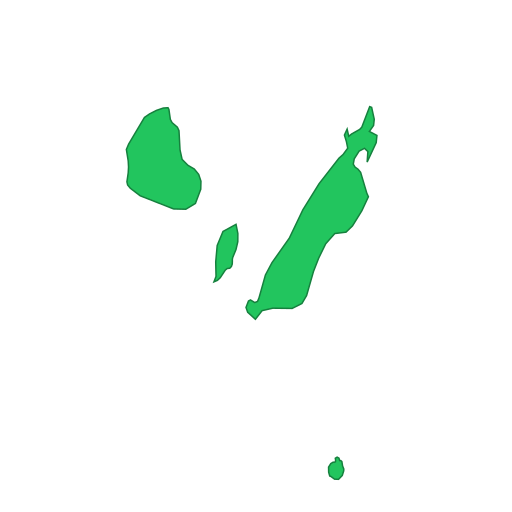 an SVG outline of Romblon, rotated 201°
{"feature_id": "PHL-2535", "entity_name": "Romblon", "entity_type": "Province", "adm_level": 1, "iso_a3": "PHL", "parent_name": "Philippines", "parent_adm1": "", "projection": "equal_earth", "projection_center": [122.144, 12.527], "detail": "fine", "context": "isolated", "style": "filled", "palette": "green", "viewbox_px": 512, "rotation_deg": 201, "n_neighbors": 0, "source": "natural_earth", "source_scale": "10m", "svg_char_len": 1659}
<svg xmlns="http://www.w3.org/2000/svg" viewBox="0 0 512 512"><g transform="rotate(201 256 256)"><path d="M233.9,196.7L243.6,200.5L246.9,204.4L246.9,211.3L245.4,213.0L240.5,212.1L238.3,214.1L238.2,218.0L240.4,241.7L238.7,255.5L231.3,284.7L228.8,316.0L223.0,346.2L213.6,377.1L211.1,381.9L209.0,389.5L212.6,395.2L216.8,400.6L216.4,407.1L212.3,401.0L210.4,404.3L204.6,411.3L203.4,414.2L203.4,436.2L201.3,436.2L194.6,426.0L193.0,420.0L194.8,412.9L186.3,411.9L184.4,404.9L185.9,383.5L189.0,393.6L193.3,395.4L197.3,390.9L199.1,381.9L198.1,376.6L195.4,374.5L191.9,373.6L188.3,371.6L175.1,354.4L172.3,351.6L173.4,336.1L176.7,318.7L180.5,310.5L190.5,305.2L195.3,292.4L196.7,276.6L196.8,262.3L194.6,237.2L196.1,228.1L203.5,220.0L221.6,213.3L230.7,207.2L233.9,196.7ZM415.2,309.0L415.0,314.9L409.8,345.4L406.3,350.5L401.1,356.3L395.6,360.9L391.3,362.9L389.8,361.6L384.9,352.8L382.1,350.4L375.6,348.1L372.8,345.4L365.0,327.9L359.6,319.7L352.1,316.3L344.8,315.1L338.7,311.6L334.2,306.1L331.5,298.5L331.4,283.4L338.3,274.5L349.8,270.4L385.7,270.7L397.6,274.2L401.3,276.3L403.1,279.0L405.1,287.8L406.9,293.4L409.4,299.0L415.2,309.0ZM286.0,222.6L291.5,236.1L296.0,251.9L295.6,267.1L286.0,278.4L281.0,270.5L278.1,262.8L277.0,254.9L277.2,246.2L276.9,244.5L276.1,242.4L275.3,240.0L275.2,237.4L276.1,235.2L278.4,234.0L279.6,231.9L281.6,222.9L283.3,219.4L286.0,216.8L286.0,222.6ZM110.1,91.2L109.0,91.5L108.1,92.4L108.6,94.1L109.5,95.6L108.2,97.3L106.1,97.0L104.6,95.0L103.6,95.4L102.2,94.9L99.9,91.0L97.7,88.6L97.1,86.8L96.8,82.0L98.9,77.1L102.7,75.8L107.0,77.0L108.3,77.0L110.7,80.2L112.6,84.9L111.8,89.0L110.1,91.2Z" fill="#22c55e" stroke="#15803d" stroke-width="1.5"/></g></svg>